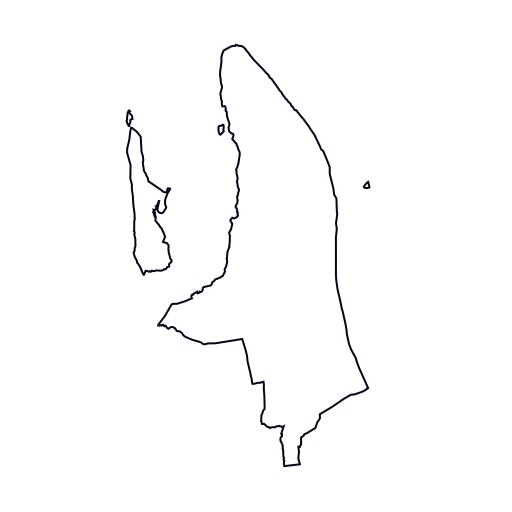 Kaskazini A, Kaskazini-Unguja, United Republic of Tanzania (Robinson projection), rotated 353°
{"feature_id": "72390352B77186952625716", "entity_name": "Kaskazini A", "entity_type": "district", "adm_level": 2, "iso_a3": "TZA", "parent_name": "United Republic of Tanzania", "parent_adm1": "Kaskazini-Unguja", "projection": "robinson", "projection_center": [39.277, -5.856], "detail": "fine", "context": "isolated", "style": "outline", "palette": "ink", "viewbox_px": 512, "rotation_deg": 353, "n_neighbors": 0, "source": "geoboundaries", "source_scale": "gbopen_adm2", "svg_char_len": 6105}
<svg xmlns="http://www.w3.org/2000/svg" viewBox="0 0 512 512"><g transform="rotate(353 256 256)"><path d="M351.2,400.8L344.7,379.7L343.1,373.1L342.7,369.8L338.9,360.1L337.7,355.0L336.7,345.3L336.8,340.4L336.5,334.0L335.3,321.7L334.7,318.1L334.2,311.2L332.9,299.3L332.7,289.9L333.0,284.9L337.6,247.2L339.5,239.0L339.4,233.1L341.7,224.5L341.7,221.1L342.8,209.3L342.5,207.8L341.1,204.7L341.0,198.2L339.2,183.7L340.0,176.5L338.2,169.7L335.9,161.2L335.2,159.6L333.5,157.9L333.2,156.1L328.8,142.9L325.4,136.5L324.3,133.9L319.9,126.2L314.9,118.4L314.3,117.1L313.8,116.3L312.6,116.1L311.6,114.8L310.5,112.3L309.5,111.5L309.1,109.9L308.2,108.3L306.6,106.5L305.6,104.4L304.9,103.9L301.8,98.5L300.9,96.0L299.8,95.0L298.0,91.2L293.0,82.0L291.9,81.3L291.0,79.7L290.7,78.4L290.4,78.4L289.6,76.7L288.5,75.7L285.4,71.0L284.4,69.9L277.7,61.0L274.2,55.4L273.2,53.2L271.9,51.6L271.0,49.8L269.6,47.7L267.0,45.7L265.1,45.5L261.8,43.9L261.2,44.9L258.3,44.7L256.7,45.0L249.1,48.0L248.4,48.8L248.4,49.3L246.6,52.0L246.6,52.9L245.8,54.6L245.7,57.3L244.3,63.5L243.3,66.8L242.3,72.0L242.3,73.6L242.5,74.1L242.3,79.8L242.4,81.0L242.9,83.1L242.8,84.6L240.4,90.4L240.6,97.2L241.1,98.6L240.6,100.2L240.8,103.4L243.3,103.4L243.7,104.1L244.0,106.0L243.5,107.8L243.8,108.5L244.3,108.8L244.5,110.7L244.2,113.7L245.8,121.9L244.5,124.8L244.4,127.5L244.7,129.2L246.5,131.3L248.1,132.0L248.4,133.3L248.3,134.0L246.7,137.0L250.1,142.1L251.1,145.8L251.7,149.1L252.2,150.1L252.4,152.7L249.8,162.0L248.5,164.8L248.3,165.7L247.4,166.7L246.8,168.0L247.0,169.6L246.7,171.8L247.2,174.4L247.0,176.2L247.2,177.1L246.2,179.7L246.5,185.9L247.2,187.7L246.8,189.6L245.9,191.3L245.7,193.1L244.5,194.5L244.5,198.9L244.2,200.2L242.9,202.6L242.3,203.2L241.7,204.6L242.1,205.7L242.6,206.3L242.9,208.9L242.5,210.1L243.2,210.6L242.7,212.7L243.1,213.4L242.9,214.0L241.6,215.1L239.0,216.1L237.1,215.1L234.9,217.3L235.6,219.9L236.3,220.5L236.3,221.6L234.3,226.8L232.3,229.3L232.2,230.8L232.6,232.5L231.5,239.7L231.1,241.6L230.5,242.8L230.7,243.7L228.2,248.3L227.0,254.2L226.5,255.1L226.8,255.5L226.6,258.5L224.7,263.5L223.6,264.7L223.2,265.5L223.4,267.0L223.2,267.8L220.7,271.6L217.4,273.2L212.9,274.2L212.0,274.9L211.7,275.5L209.5,276.7L208.1,279.3L207.0,279.8L200.8,280.4L199.5,281.1L198.7,283.5L198.0,284.5L196.7,285.0L196.2,285.0L195.9,284.7L195.5,285.4L193.6,285.9L193.4,285.8L193.4,284.3L190.2,285.6L189.2,286.3L188.5,286.4L188.4,286.9L187.3,287.1L186.8,289.0L187.2,290.2L179.9,292.3L171.9,293.8L167.2,293.4L165.9,294.3L158.4,304.3L150.7,312.2L150.5,312.9L151.2,312.9L151.7,313.4L153.2,312.9L153.9,313.6L155.3,312.8L155.7,313.0L155.9,313.7L156.4,314.5L157.7,314.2L159.1,316.7L160.3,317.6L162.4,316.3L164.0,316.2L165.2,316.7L166.9,317.9L168.1,320.6L169.0,321.1L170.3,321.3L171.6,321.9L173.2,323.5L173.9,325.3L175.7,327.4L182.3,331.3L189.6,334.4L191.2,335.3L192.8,337.0L194.5,337.4L197.5,336.9L205.1,337.7L232.2,336.7L234.2,347.8L234.9,353.8L234.8,359.9L236.2,372.3L236.2,374.2L236.7,376.7L236.7,381.7L237.0,382.5L239.8,382.5L241.9,382.1L244.4,382.3L248.1,381.7L248.2,384.2L247.5,389.6L247.3,395.2L246.0,408.6L244.1,410.6L243.4,412.5L242.1,414.3L241.0,420.4L241.5,423.5L243.6,423.6L246.0,426.5L247.1,427.3L247.6,427.3L248.2,427.7L248.5,428.3L251.8,427.9L253.8,428.4L255.4,427.5L257.5,427.7L258.2,427.4L260.7,428.6L261.9,428.7L262.7,428.4L259.4,435.5L260.1,435.7L259.8,438.1L258.7,438.8L258.1,439.8L257.8,441.3L258.0,443.3L258.4,443.8L259.4,447.4L259.0,450.7L259.3,452.6L258.7,458.1L259.2,459.8L258.6,461.2L259.1,462.8L258.6,463.6L258.4,468.0L274.1,468.1L274.0,466.6L273.3,462.4L274.8,455.5L274.8,450.5L276.2,450.8L276.3,450.2L277.8,448.6L278.6,441.7L281.6,440.0L282.2,438.8L285.0,438.0L294.0,433.9L296.6,428.5L299.6,425.1L300.1,420.8L313.0,415.1L325.7,408.5L333.2,405.3L336.9,405.4L344.5,403.8L348.5,402.3L349.8,401.2L349.9,401.4L351.2,400.8ZM174.9,181.8L173.2,181.7L171.4,180.7L169.8,178.8L158.3,168.7L158.1,165.6L157.0,162.7L156.7,161.2L155.2,157.9L155.0,149.4L155.8,147.4L155.9,143.2L155.1,138.7L156.1,123.5L152.9,118.2L148.6,113.8L147.6,113.6L146.3,117.4L144.4,125.2L141.2,133.8L140.7,138.2L142.6,150.6L140.7,163.6L141.5,169.7L140.9,175.5L141.1,180.2L140.5,190.6L140.6,199.4L140.2,202.6L140.4,203.3L139.3,207.3L138.2,215.9L137.8,216.3L138.3,217.0L138.4,218.3L137.8,219.7L138.3,224.7L137.5,231.7L136.5,233.5L136.1,236.3L135.0,237.6L135.0,238.6L135.5,241.9L137.2,246.4L137.2,248.1L138.6,250.4L140.1,253.9L141.0,257.8L142.1,260.9L142.3,261.0L142.6,260.4L143.2,260.0L144.4,257.5L144.7,257.3L146.1,257.6L147.9,258.6L148.7,258.1L149.3,258.7L150.1,258.7L150.9,257.9L152.4,258.6L155.6,258.2L159.1,258.9L161.2,258.9L162.0,258.7L162.9,258.0L164.5,258.1L165.3,257.7L166.6,256.1L168.4,256.0L168.7,255.0L168.7,253.5L169.7,252.6L171.3,251.7L171.7,250.2L170.6,248.0L169.8,241.4L170.0,237.4L170.5,236.1L170.4,234.3L169.1,232.4L165.4,230.7L168.1,225.9L167.4,222.7L165.7,217.2L164.6,215.8L163.2,212.7L162.7,212.3L160.4,208.3L161.3,205.2L161.1,204.7L160.5,204.8L160.3,204.4L161.0,203.3L161.1,202.6L160.9,202.0L159.7,202.3L159.7,202.0L160.6,201.5L160.7,201.1L160.4,200.8L160.9,200.8L160.9,200.3L160.6,199.9L159.7,199.9L159.6,200.2L159.3,200.0L159.9,199.2L159.9,197.7L160.8,198.3L161.1,198.2L162.8,196.4L163.1,195.3L162.8,194.7L163.7,194.8L163.7,194.0L164.2,193.0L165.0,192.1L166.1,189.6L166.6,189.7L164.3,196.0L163.8,198.4L164.7,200.6L166.0,201.5L167.5,202.0L168.9,201.7L170.7,199.8L172.8,196.9L172.1,193.5L172.5,189.8L173.9,186.6L175.9,182.9L179.0,179.0L178.4,178.3L176.6,178.2L174.9,181.8ZM148.2,96.6L147.9,96.1L146.9,96.7L146.4,98.2L145.8,98.8L145.7,100.2L145.0,102.5L144.6,105.0L144.1,105.7L144.2,106.9L144.0,107.2L145.1,110.5L145.4,110.6L145.7,111.5L146.1,111.5L146.4,109.6L147.5,108.5L147.8,105.7L148.8,105.2L150.1,105.0L150.0,102.2L149.6,101.0L148.5,99.7L147.2,97.3L147.6,96.5L148.2,96.6ZM239.7,123.7L239.7,122.0L239.2,121.6L237.3,122.5L236.2,122.4L235.1,122.6L234.5,123.3L234.0,126.9L234.5,130.2L235.3,131.2L237.2,130.1L237.4,129.7L239.0,128.6L239.2,127.9L238.8,127.0L239.5,125.3L239.7,123.7ZM374.7,202.1L376.6,201.9L377.0,201.6L376.4,196.1L375.6,196.4L373.9,197.8L371.7,200.0L371.4,200.8L372.4,201.7L374.7,202.1Z" fill="none" stroke="#020617" stroke-width="2"/></g></svg>